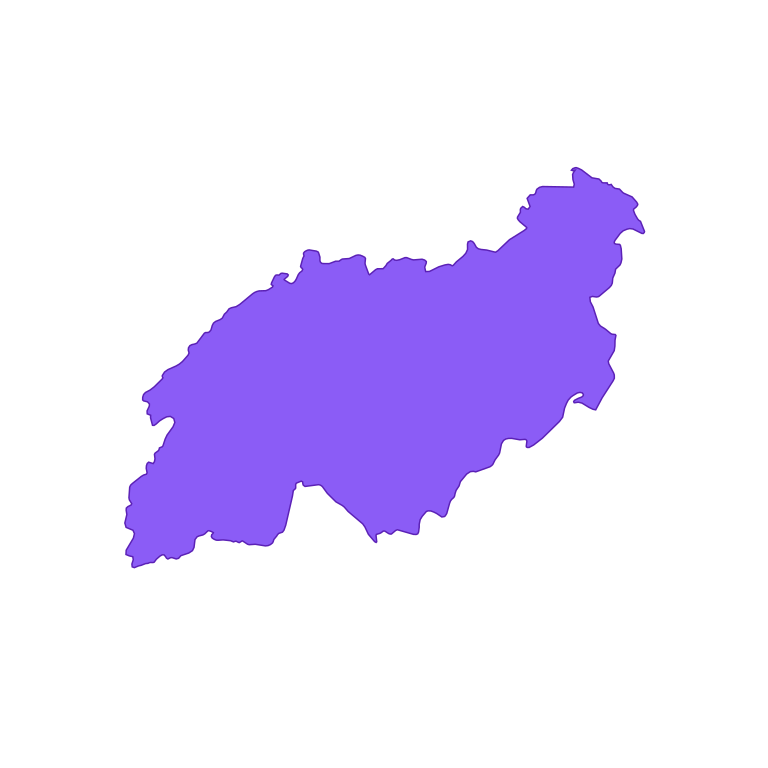 outline of Kachin, rotated 229°
{"feature_id": "MMR-3296", "entity_name": "Kachin", "entity_type": "State", "adm_level": 1, "iso_a3": "MMR", "parent_name": "Myanmar", "parent_adm1": "", "projection": "robinson", "projection_center": [97.371, 26.091], "detail": "fine", "context": "isolated", "style": "filled", "palette": "violet", "viewbox_px": 768, "rotation_deg": 229, "n_neighbors": 0, "source": "natural_earth", "source_scale": "10m", "svg_char_len": 6149}
<svg xmlns="http://www.w3.org/2000/svg" viewBox="0 0 768 768"><g transform="rotate(229 384 384)"><path d="M383.8,157.7L386.2,156.8L388.2,155.6L388.7,154.7L388.5,150.4L388.9,148.3L390.7,144.7L391.3,142.8L390.6,139.3L385.3,133.4L383.9,130.1L384.5,125.8L387.7,118.1L387.2,114.6L388.3,112.4L392.1,110.1L393.0,108.8L393.7,106.1L395.2,105.6L397.2,105.9L399.4,105.9L400.6,104.5L401.1,101.9L401.1,97.2L400.3,93.7L400.8,92.5L402.5,90.7L403.1,89.6L403.5,88.2L404.9,86.2L406.5,81.7L407.7,79.5L409.2,75.1L411.2,74.0L413.5,75.6L415.9,79.5L418.5,81.1L421.4,79.0L424.6,77.4L427.7,80.4L432.1,93.7L434.8,97.5L438.3,98.6L445.0,95.3L449.1,97.2L454.2,104.3L457.9,106.6L459.4,108.1L459.5,110.2L458.6,113.8L459.2,115.1L463.6,115.8L465.5,116.9L473.0,124.4L473.9,126.4L474.0,128.8L473.5,140.2L473.0,142.9L471.8,145.6L472.5,147.0L476.3,149.2L478.2,151.1L479.4,153.2L479.4,155.1L475.4,157.6L476.0,159.8L477.8,162.1L481.5,164.6L482.0,165.8L481.7,170.0L482.1,171.2L483.1,172.6L482.1,175.6L482.4,176.7L486.0,182.7L487.8,186.8L490.1,196.7L492.2,200.9L495.9,202.7L499.7,201.5L501.8,198.5L502.8,194.5L503.4,190.4L503.3,185.7L503.6,183.3L504.7,182.2L511.6,185.6L513.5,187.4L516.8,185.7L519.1,187.5L521.3,192.4L522.9,193.9L525.7,193.8L529.0,191.5L530.3,191.4L532.3,193.2L533.8,195.7L534.1,198.4L532.9,203.5L532.6,208.7L533.3,219.9L533.7,221.2L535.1,221.6L535.8,222.2L537.0,226.2L536.6,230.4L534.0,238.9L533.3,242.6L533.2,246.7L534.3,255.0L535.3,257.2L538.0,258.5L539.6,260.2L540.3,262.7L539.7,265.0L538.5,267.1L537.6,269.5L540.2,281.8L539.9,283.1L538.3,285.0L537.9,286.4L538.3,288.9L540.9,292.9L541.8,295.3L541.7,297.9L540.1,302.6L539.8,305.2L541.4,309.3L541.5,312.5L542.4,316.4L541.7,318.8L539.4,323.1L538.7,327.3L538.3,343.8L538.0,346.3L537.3,348.6L536.2,350.8L531.9,356.1L531.0,358.8L530.3,363.4L530.9,364.6L533.1,364.2L534.0,365.3L536.7,371.4L537.2,373.4L536.6,374.7L535.1,376.1L535.1,378.7L534.5,379.8L530.6,383.2L529.1,383.3L528.4,381.9L528.5,377.3L527.8,377.1L521.7,379.0L520.3,380.3L519.8,382.2L520.0,384.4L520.7,386.6L522.8,391.1L523.3,393.4L523.1,396.2L523.9,397.9L525.0,398.1L526.2,397.8L527.5,398.2L532.1,405.1L533.1,407.6L535.0,408.6L535.6,409.3L535.9,410.9L535.6,412.6L535.1,414.2L534.3,415.5L528.7,420.1L526.9,420.9L525.9,420.7L521.8,418.9L519.3,416.7L517.9,416.0L516.0,416.1L514.8,417.1L510.8,421.6L508.4,428.1L506.2,430.6L505.9,433.6L505.6,434.6L501.5,440.1L499.5,447.2L498.4,449.1L496.9,450.5L494.6,451.7L492.2,452.6L490.8,452.3L487.6,448.9L486.0,448.0L477.0,444.6L475.9,444.8L475.8,452.6L475.3,454.6L471.6,459.0L472.1,463.2L472.9,465.5L472.7,470.3L472.9,472.1L472.5,473.0L470.5,473.4L469.0,474.7L467.5,477.4L465.6,482.8L464.4,484.1L459.9,486.5L458.2,487.8L453.2,494.6L450.9,496.0L448.7,496.3L447.6,495.3L445.5,491.4L441.5,489.2L439.1,492.2L436.5,502.2L434.0,507.9L432.2,510.9L430.5,512.3L428.5,513.0L428.1,514.1L428.7,518.7L428.5,527.3L429.0,531.5L430.7,535.3L434.8,538.8L436.1,540.7L435.2,543.3L433.4,544.3L431.0,544.3L426.6,543.4L424.2,543.9L421.9,545.5L417.7,549.4L410.3,554.6L409.9,557.4L410.6,573.4L407.9,590.5L407.8,593.5L408.5,594.4L417.3,593.0L419.9,593.0L421.6,593.4L422.4,594.3L424.1,599.6L426.1,601.2L426.9,602.4L427.0,605.1L425.4,605.8L423.1,606.1L421.4,607.5L422.1,610.7L430.2,613.8L430.8,618.4L428.7,620.9L428.3,622.3L428.7,623.8L430.2,626.0L430.7,627.3L430.4,630.4L429.0,633.2L408.2,656.3L410.0,658.7L414.3,660.7L418.4,663.8L419.4,666.0L420.0,668.5L421.3,666.3L422.4,665.7L422.7,667.8L421.8,670.2L421.1,671.1L419.2,672.2L415.9,673.6L403.2,676.2L397.7,680.7L395.1,681.0L393.0,680.7L392.0,681.4L389.3,684.4L388.3,683.9L387.3,684.0L386.2,685.1L385.6,686.4L382.7,686.1L380.2,686.6L376.6,689.6L371.9,689.8L370.7,690.1L362.4,694.0L355.4,694.0L353.2,693.5L352.5,692.4L352.1,690.3L352.2,687.1L351.2,686.1L347.4,684.7L342.2,683.7L340.4,683.7L338.5,684.3L328.2,680.7L327.6,679.8L327.5,678.4L328.5,677.4L337.6,673.6L340.1,671.4L341.4,669.0L342.7,665.1L342.7,661.1L340.8,652.4L340.1,651.0L339.4,650.3L338.5,650.3L337.4,650.8L334.8,653.4L333.6,653.4L330.4,651.7L322.3,645.5L320.0,642.4L319.0,640.2L318.7,634.1L316.2,631.1L313.9,626.2L310.4,622.5L309.3,620.3L308.9,617.4L309.1,604.0L309.4,602.8L310.3,601.4L313.4,598.7L314.4,596.2L310.7,593.7L305.0,592.3L289.1,585.5L285.8,585.4L280.1,587.1L273.3,588.2L272.1,588.7L269.6,591.0L268.5,590.9L265.5,587.1L261.1,583.1L258.1,579.6L254.2,568.3L251.8,566.9L241.6,564.5L239.7,563.7L237.2,561.6L236.1,559.0L230.5,539.7L225.6,526.8L227.9,525.1L231.8,523.4L239.7,520.9L242.8,518.7L244.8,515.5L245.3,515.2L246.4,515.7L246.7,517.2L245.7,521.3L244.5,524.5L244.4,525.9L244.7,527.0L245.3,527.6L247.2,527.8L249.1,526.4L250.4,524.1L251.3,518.9L251.5,516.6L251.0,512.4L249.6,508.9L247.3,504.4L241.7,497.0L240.6,491.7L239.2,468.0L239.8,457.0L240.9,451.9L242.1,450.5L243.0,450.2L243.7,450.5L247.0,454.2L247.9,454.7L249.0,454.6L249.8,454.0L252.8,449.9L259.2,444.7L261.3,442.2L262.6,439.8L263.0,437.2L261.8,433.4L256.1,426.0L255.2,423.9L253.9,418.1L251.9,413.3L251.8,411.7L252.0,409.7L257.5,395.6L259.4,394.2L261.2,391.7L261.8,387.3L260.2,377.6L257.8,373.7L256.4,368.6L254.7,365.8L253.1,363.7L252.6,362.4L252.5,359.2L252.0,357.2L250.8,355.0L245.1,346.4L244.3,343.8L244.3,342.7L245.7,340.4L251.7,338.8L254.6,337.6L257.4,336.1L259.3,334.1L260.0,332.4L259.1,326.1L257.9,322.3L255.0,318.5L252.8,316.6L249.6,313.0L248.8,311.2L249.3,309.6L251.2,307.6L265.2,298.5L265.8,296.8L265.9,291.2L266.7,290.2L268.0,289.4L272.5,288.1L273.5,286.9L273.6,284.6L274.0,282.8L275.5,279.6L274.9,278.6L269.7,275.0L269.6,274.1L271.2,273.5L280.8,273.6L288.6,275.8L292.4,276.2L311.3,273.3L317.2,273.3L319.8,272.8L326.6,270.4L338.6,269.5L346.9,270.2L348.3,270.0L349.7,269.5L351.0,268.5L358.5,257.2L360.5,256.7L361.8,257.2L363.6,258.4L365.0,257.8L366.7,252.8L366.1,251.4L363.4,249.1L363.1,248.0L363.1,245.7L359.5,241.4L341.9,217.2L339.3,212.6L338.8,210.2L340.3,206.5L340.1,204.6L339.7,203.5L338.9,198.8L337.7,196.9L337.2,195.6L337.3,193.0L338.1,190.5L339.6,188.3L347.5,181.7L351.2,176.8L352.6,175.9L358.3,174.3L358.7,173.8L359.2,170.8L360.0,170.2L362.1,169.4L362.8,168.7L363.6,166.8L366.4,165.4L371.9,160.3L375.0,156.2L376.3,154.9L378.3,153.9L380.4,153.3L382.1,153.6L383.3,155.1L383.4,156.8L383.8,157.7Z" fill="#8b5cf6" stroke="#5b21b6" stroke-width="1.5"/></g></svg>